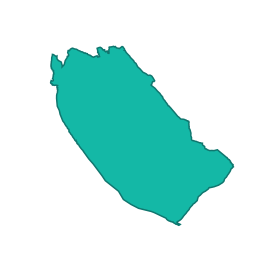 Lørenskog nor, Akershus, Norway, rotated 315°
{"feature_id": "86288312B90903207900290", "entity_name": "Lørenskog nor", "entity_type": "district", "adm_level": 2, "iso_a3": "NOR", "parent_name": "Norway", "parent_adm1": "Akershus", "projection": "orthographic", "projection_center": [10.997, 59.897], "detail": "fine", "context": "isolated", "style": "filled", "palette": "teal", "viewbox_px": 256, "rotation_deg": 315, "n_neighbors": 0, "source": "geoboundaries", "source_scale": "gbopen_adm2", "svg_char_len": 5711}
<svg xmlns="http://www.w3.org/2000/svg" viewBox="0 0 256 256"><g transform="rotate(315 128 128)"><path d="M165.9,53.5L165.7,53.0L165.8,52.6L165.6,51.9L165.5,51.4L164.6,50.7L162.5,49.8L161.2,52.0L160.8,52.5L160.2,52.8L159.9,53.3L160.4,53.6L159.6,55.4L159.1,55.4L158.9,56.4L158.4,57.4L156.8,56.5L157.1,55.9L157.2,55.1L154.6,53.8L153.8,53.8L153.6,53.5L153.4,52.8L153.0,52.1L153.0,51.9L152.8,51.3L152.9,51.0L152.8,50.1L152.3,49.6L152.3,49.2L152.1,48.7L151.7,47.9L151.5,47.5L151.6,47.3L151.6,47.0L151.8,46.7L150.6,44.9L150.8,44.7L150.4,44.2L150.3,44.3L149.9,43.7L149.8,43.4L149.9,43.2L149.7,42.6L149.7,42.2L149.2,41.4L148.7,40.9L148.7,40.2L147.8,38.1L147.5,37.2L147.5,36.7L147.2,35.8L146.1,34.3L145.5,32.8L145.1,32.4L145.0,32.1L143.0,31.5L141.1,31.9L140.7,31.5L140.6,30.9L140.4,30.9L139.0,31.9L138.7,32.0L137.9,34.0L137.6,34.5L136.9,34.9L135.7,34.4L135.5,34.5L135.3,34.8L135.4,35.0L134.7,35.2L131.4,35.9L127.7,38.1L124.7,38.2L125.5,37.5L126.0,36.9L126.1,36.3L127.0,35.0L127.4,34.0L126.5,31.1L126.6,29.6L126.8,28.7L128.7,26.8L127.7,26.5L127.2,23.4L126.6,22.5L125.8,23.2L123.7,24.4L121.7,26.3L120.5,27.0L120.3,27.3L119.2,28.1L119.0,28.5L118.3,28.8L117.9,29.4L117.7,29.4L117.2,30.2L116.8,30.3L116.6,31.2L116.5,31.4L116.1,31.5L116.0,32.5L115.9,32.8L115.6,33.1L115.7,33.5L115.8,34.0L115.8,34.4L115.5,34.7L115.6,35.0L115.2,35.0L114.7,36.2L114.5,36.3L114.1,37.0L113.4,37.5L113.2,37.3L111.9,38.3L111.8,38.6L111.2,38.8L110.5,39.4L109.6,39.7L109.5,40.5L109.4,40.9L108.8,41.5L108.2,41.6L107.6,41.2L107.4,40.9L107.5,40.4L107.3,40.1L105.6,41.0L105.2,41.4L105.1,41.7L105.2,41.9L105.1,42.1L105.6,43.0L105.4,43.3L105.0,43.5L104.9,44.2L105.2,44.6L105.8,44.9L105.8,45.4L106.2,45.9L107.4,46.8L108.2,48.1L107.5,48.2L106.6,48.8L106.5,49.3L106.7,49.8L105.6,50.2L105.5,50.3L105.7,50.6L105.7,50.9L105.2,51.5L104.2,52.0L103.7,52.7L103.3,52.9L103.0,53.2L102.3,53.4L100.7,54.4L98.4,56.6L93.4,62.6L91.8,67.1L89.7,70.3L86.8,77.1L86.6,79.2L86.0,81.0L85.6,82.9L85.6,83.6L85.5,84.4L85.2,85.2L84.9,85.6L85.2,87.1L84.5,87.9L84.3,88.5L83.8,88.7L83.6,88.9L83.7,89.9L83.2,91.9L83.2,93.5L82.7,94.9L82.7,95.1L82.5,95.7L82.5,96.2L82.4,96.8L82.1,98.4L81.8,98.9L81.9,99.3L81.8,99.7L81.9,99.9L82.4,100.1L81.7,100.8L82.0,101.2L82.0,101.4L81.0,102.9L81.4,103.4L81.1,103.7L81.0,104.6L81.2,105.1L81.0,106.0L80.7,106.5L80.5,108.0L80.5,108.4L80.3,109.2L80.3,109.8L80.2,110.7L80.3,111.6L80.2,112.1L80.0,112.3L80.1,113.1L79.8,113.6L78.4,122.3L78.0,128.6L75.9,143.3L74.7,149.2L76.6,166.0L74.2,175.3L76.1,184.2L78.7,192.3L85.4,203.4L86.7,206.3L90.3,216.4L91.0,218.3L91.1,218.7L90.8,220.0L91.0,221.7L91.4,222.9L91.8,223.6L91.9,224.0L92.1,224.1L92.1,224.5L92.5,225.0L92.8,225.8L93.4,226.2L93.4,226.5L93.2,226.7L93.3,227.6L93.8,229.2L93.8,229.8L94.3,230.4L94.5,231.1L94.8,231.7L94.9,232.1L95.1,232.7L95.9,233.0L96.8,233.1L95.7,230.1L96.3,229.6L96.1,229.2L96.8,229.2L99.2,229.9L101.1,230.1L103.4,229.9L104.7,229.6L107.0,229.4L108.5,229.4L110.7,229.0L112.8,228.9L113.7,228.8L114.9,228.3L116.9,228.1L118.9,228.1L120.4,227.8L121.9,228.2L123.7,228.2L125.2,228.3L125.7,228.2L128.7,226.4L130.3,226.4L131.5,226.6L134.6,226.5L135.9,226.7L138.0,227.4L140.8,227.8L141.9,227.9L142.6,227.8L142.9,227.5L143.6,227.7L144.1,228.4L144.6,228.7L147.3,230.4L151.5,232.4L153.0,232.8L154.5,233.1L155.5,233.4L156.4,233.5L157.7,233.5L158.5,233.3L159.6,232.6L160.1,232.4L161.4,232.2L162.8,232.3L165.6,231.6L167.1,231.5L168.0,231.1L168.7,231.1L169.3,230.9L170.1,230.7L171.6,229.9L173.6,230.0L173.9,229.8L175.1,230.0L175.4,228.6L175.7,228.3L176.2,228.5L176.3,228.4L176.3,227.4L176.1,226.9L176.5,225.0L176.2,224.8L177.0,223.8L176.9,222.7L177.1,222.4L177.2,222.2L176.9,221.5L177.0,221.2L176.8,220.9L176.8,220.1L176.9,219.9L176.9,219.4L177.1,219.0L176.9,218.8L175.8,206.6L172.8,204.8L171.3,203.1L169.8,201.8L168.6,199.2L168.7,198.4L168.2,197.8L167.9,197.2L168.0,196.9L168.1,196.6L168.3,196.2L168.9,195.7L169.1,195.2L169.1,194.7L168.8,193.9L168.8,192.7L169.2,191.9L169.9,191.4L169.5,190.8L168.9,190.3L168.8,189.7L168.2,189.1L167.7,187.8L167.3,187.2L167.0,186.3L166.7,185.6L166.3,185.2L165.7,183.9L165.3,183.4L165.3,183.1L164.6,182.3L164.6,181.7L164.7,181.2L165.0,180.7L166.0,179.9L166.3,179.4L166.7,178.4L167.2,177.6L168.6,176.4L169.2,175.6L169.4,175.1L169.9,174.4L170.7,172.9L170.9,172.3L170.8,171.7L171.1,171.3L172.5,170.0L172.5,169.6L173.5,168.7L173.9,168.0L175.0,167.3L175.2,167.0L175.2,166.3L175.4,166.4L175.6,166.3L175.5,166.1L175.5,165.8L175.2,165.0L174.8,164.5L174.6,163.3L174.2,162.8L174.1,162.2L173.4,161.0L171.8,159.2L171.6,158.4L171.7,157.1L171.6,156.0L171.4,154.9L171.9,150.0L172.1,147.2L172.3,144.7L172.4,144.0L172.4,143.1L172.5,141.2L172.1,140.8L172.1,140.7L172.2,140.1L172.7,139.2L172.6,138.8L172.8,138.3L173.1,135.7L173.4,134.9L173.4,133.6L173.6,132.2L173.9,131.3L174.4,130.8L174.3,130.1L174.5,129.8L174.6,129.0L174.6,128.0L175.0,126.1L174.9,122.8L175.2,118.9L174.7,115.2L174.7,113.9L176.0,113.8L177.0,113.1L178.2,112.6L179.1,113.5L180.2,113.5L181.1,110.5L181.2,109.7L181.5,108.3L181.2,106.7L180.5,105.8L179.8,105.4L179.3,104.5L179.2,102.7L178.7,101.1L178.0,99.2L178.3,94.6L178.1,91.6L179.3,88.0L179.0,86.0L179.6,84.4L179.6,80.1L179.6,79.6L179.7,79.4L180.0,78.4L180.0,76.3L180.1,73.2L180.4,72.5L180.5,72.0L180.7,71.4L180.3,70.5L180.8,70.5L181.3,69.8L181.8,66.9L181.4,66.2L178.1,65.7L177.4,64.5L176.6,63.4L176.5,63.0L176.6,62.4L176.5,62.0L176.6,61.6L176.6,61.4L175.8,61.2L175.7,60.9L175.8,60.7L175.6,60.1L173.5,58.8L172.1,57.6L171.8,57.5L171.6,57.6L171.5,58.0L171.0,58.5L170.5,58.8L169.9,59.1L169.3,59.6L168.6,60.4L168.1,60.8L167.8,61.3L167.7,61.3L167.6,61.6L167.2,61.7L166.7,60.9L167.7,59.3L167.7,58.7L166.2,58.6L166.2,58.1L165.9,56.6L166.7,56.4L166.7,56.1L166.3,56.0L165.9,55.1L165.5,55.0L165.6,54.4L165.6,54.2L165.9,53.5Z" fill="#14b8a6" stroke="#0f766e" stroke-width="1.5"/></g></svg>